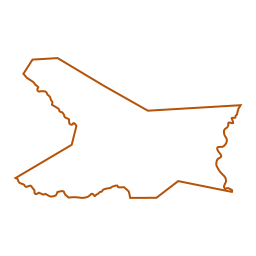 the district of Tomala, Lempira, Honduras
{"feature_id": "27666195B14707888377394", "entity_name": "Tomala", "entity_type": "district", "adm_level": 2, "iso_a3": "HND", "parent_name": "Honduras", "parent_adm1": "Lempira", "projection": "orthographic", "projection_center": [-88.742, 14.255], "detail": "fine", "context": "isolated", "style": "outline", "palette": "amber", "viewbox_px": 256, "rotation_deg": 0, "n_neighbors": 0, "source": "geoboundaries", "source_scale": "gbopen_adm2", "svg_char_len": 5648}
<svg xmlns="http://www.w3.org/2000/svg" viewBox="0 0 256 256"><path d="M240.6,105.2L147.9,110.7L104.0,85.9L57.6,58.1L32.5,59.6L23.4,73.8L24.8,75.4L26.1,77.0L26.7,77.7L27.1,77.9L27.4,78.2L29.1,79.3L31.7,81.0L32.6,81.6L33.2,82.0L33.5,82.3L34.1,82.9L34.5,83.5L35.0,84.3L35.4,84.8L35.7,85.0L37.5,86.4L38.2,87.1L38.3,87.2L38.1,87.7L38.0,88.0L37.7,88.4L37.5,88.7L37.4,89.0L37.4,89.4L37.4,89.8L37.5,90.3L37.8,90.7L38.1,91.1L38.3,91.3L38.6,91.4L39.0,91.5L39.4,91.5L40.0,91.4L41.1,91.2L41.6,91.2L42.3,91.2L44.0,91.3L44.8,91.4L45.3,91.5L45.6,91.7L45.8,91.8L46.1,92.1L46.5,92.5L46.7,92.9L46.9,93.3L47.1,94.0L47.3,94.4L47.6,94.7L48.5,95.4L49.1,96.0L50.0,97.0L50.2,97.3L50.4,98.0L50.7,99.2L50.8,99.6L51.2,100.3L51.7,100.9L52.0,101.3L52.2,101.7L52.4,102.2L52.4,102.4L52.4,102.6L52.0,104.7L52.0,104.8L53.1,105.4L54.6,106.3L58.3,108.6L58.7,109.0L59.1,109.8L59.2,110.2L59.4,110.9L59.5,111.1L59.6,111.3L60.1,111.6L60.7,112.0L61.1,112.1L61.9,112.2L62.2,112.4L62.4,112.5L62.8,113.0L63.3,113.7L63.9,114.7L64.1,115.2L64.2,115.8L64.3,116.2L64.6,116.8L64.9,117.2L65.5,117.6L66.1,118.0L66.6,118.2L67.3,118.4L67.8,118.6L68.4,118.9L68.9,119.3L69.0,119.4L69.1,121.8L69.3,123.2L69.4,123.6L69.7,123.9L70.2,124.3L70.7,124.5L71.0,124.6L71.3,124.7L71.9,124.6L72.3,124.5L72.5,124.4L72.7,124.2L73.0,123.8L73.1,123.7L73.2,123.4L73.3,123.2L73.5,123.1L73.8,123.1L74.1,123.2L74.5,123.5L75.2,124.1L75.5,124.5L75.7,124.8L76.0,125.2L76.2,125.7L76.4,126.1L71.7,144.8L15.4,178.1L15.5,178.2L16.1,178.2L16.7,178.4L17.2,178.7L17.5,178.9L17.6,179.2L17.8,179.7L18.0,180.3L18.5,181.5L19.1,182.3L19.3,182.6L19.5,182.8L19.9,183.0L20.5,183.3L21.2,183.6L22.9,184.1L23.2,184.3L24.0,184.7L24.3,185.0L24.5,185.2L24.6,185.5L24.8,185.9L25.0,186.2L25.2,186.4L25.5,186.6L26.1,186.8L26.4,186.8L26.6,186.8L27.1,186.7L28.0,186.3L28.7,186.1L30.1,185.7L30.3,185.7L30.5,185.7L30.9,185.9L31.2,186.1L31.5,186.4L32.4,187.8L33.3,188.9L33.9,189.6L34.2,189.9L34.3,190.3L34.4,190.7L34.6,193.2L34.6,193.3L34.8,193.5L35.3,193.8L35.9,194.1L36.1,194.1L36.3,194.1L38.9,192.7L42.5,194.3L43.5,194.6L43.9,194.6L44.7,194.2L45.2,193.9L45.4,193.9L46.1,194.2L48.2,195.5L49.2,196.0L49.7,196.2L50.3,196.4L50.7,196.5L51.1,196.5L51.9,196.5L52.7,196.4L54.3,196.0L54.9,195.8L55.4,195.6L55.6,195.5L55.8,195.4L56.2,194.8L56.6,194.1L57.1,193.1L57.2,192.8L57.2,192.4L57.3,192.2L57.5,192.0L58.2,191.8L59.9,191.5L60.1,191.4L60.5,191.3L60.7,191.2L61.5,191.1L62.9,191.2L63.5,191.4L63.7,191.5L63.8,191.7L64.0,192.1L64.8,193.9L65.1,194.5L65.5,194.9L66.1,195.4L66.4,195.7L67.2,196.2L67.5,196.5L67.7,196.8L67.9,197.1L68.1,197.3L68.3,197.4L68.6,197.5L69.3,197.5L73.1,197.2L73.8,197.2L76.3,197.3L79.1,197.5L79.7,197.6L80.7,197.8L81.6,197.9L83.0,197.8L84.8,197.6L85.8,197.4L86.6,197.2L87.5,196.9L88.1,196.6L88.6,196.3L89.2,195.8L90.6,194.7L91.3,193.9L91.5,193.9L92.1,193.8L92.4,193.9L92.8,194.1L93.2,194.4L93.4,194.6L93.7,194.9L94.1,195.5L94.3,195.7L94.7,196.1L94.8,196.1L95.0,196.0L95.6,195.3L96.7,194.5L97.9,193.8L98.6,193.3L98.8,193.1L99.2,192.5L99.7,192.2L100.3,191.9L100.5,191.8L100.9,191.8L101.2,191.8L101.6,191.6L101.9,191.5L102.1,191.2L102.4,190.7L102.7,190.2L103.1,189.8L103.6,189.5L104.6,189.1L105.7,188.8L106.4,188.6L109.0,188.2L110.3,187.9L110.9,187.6L111.3,187.4L111.8,187.0L112.1,186.8L112.5,186.6L113.1,186.4L114.4,186.0L115.4,185.7L116.2,185.6L116.9,185.6L117.3,185.6L117.5,185.8L117.7,186.1L117.8,186.6L117.9,186.8L118.0,187.0L118.4,187.2L118.9,187.3L121.0,187.3L122.1,187.3L123.5,187.2L123.8,187.3L124.1,187.3L125.4,188.4L127.5,190.2L128.4,191.1L128.7,191.5L128.9,192.0L129.2,193.2L129.8,196.0L130.2,197.9L156.4,197.8L178.2,181.1L231.9,191.9L232.1,191.1L232.1,190.3L232.0,190.1L231.7,189.9L230.3,189.2L228.7,188.3L228.4,188.2L228.2,188.1L227.0,188.3L226.3,188.4L225.6,188.6L225.3,188.6L225.1,188.6L224.8,188.3L224.5,188.0L224.3,187.7L224.1,187.3L224.0,186.9L224.0,186.4L224.1,185.9L224.5,184.9L224.8,184.1L225.8,182.1L225.9,181.9L226.0,181.5L226.0,180.7L225.9,180.0L225.8,179.2L225.6,178.5L225.4,177.9L225.1,177.3L224.7,176.8L224.4,176.3L223.9,175.8L222.6,174.5L221.6,173.5L220.4,172.1L219.5,171.0L218.7,169.8L218.0,168.6L216.7,166.1L216.5,165.6L216.4,165.1L216.3,164.4L216.3,163.6L216.4,162.8L216.5,162.1L216.7,161.1L217.0,160.3L217.4,159.6L217.5,159.3L217.7,159.1L218.3,158.7L219.1,158.1L220.3,157.5L220.7,157.3L220.9,157.0L221.1,156.7L221.2,156.1L221.2,155.8L221.1,155.4L220.9,154.9L220.6,154.4L220.3,154.0L218.9,152.2L218.2,151.2L217.7,150.4L217.5,149.9L217.3,149.1L217.2,148.6L217.2,148.2L217.3,147.8L217.5,147.5L217.7,147.3L218.0,147.1L218.8,147.0L219.7,146.9L220.5,146.8L221.5,146.9L222.1,146.9L222.7,146.7L223.1,146.5L223.6,146.2L224.0,145.9L224.7,145.2L225.3,144.5L226.0,143.5L226.2,143.0L226.4,142.6L226.7,141.6L226.8,140.6L226.8,140.1L226.8,139.6L226.6,138.8L226.4,138.1L226.1,137.7L225.5,136.8L225.0,136.0L224.6,135.2L224.3,134.4L224.1,133.4L224.0,132.2L224.0,131.0L224.0,130.7L224.1,130.4L224.3,130.0L224.6,129.6L225.0,129.0L225.4,128.6L225.7,128.4L226.0,128.2L226.7,127.8L227.0,127.6L227.3,127.3L227.5,127.0L227.9,126.2L228.2,125.5L228.3,125.2L228.4,124.8L228.4,124.4L228.3,124.0L228.2,123.6L228.2,123.3L228.3,123.1L228.6,122.7L228.8,122.6L229.0,122.5L229.6,122.5L230.1,122.6L231.2,123.0L232.0,123.2L232.4,123.2L232.6,123.2L232.8,123.2L233.0,123.1L233.1,122.9L233.1,122.7L233.1,122.3L233.0,122.0L232.8,121.2L232.5,120.4L231.8,118.8L231.7,118.5L231.7,118.3L231.7,118.1L231.9,118.0L232.2,117.9L233.6,117.8L234.9,117.8L235.2,117.6L235.3,117.4L235.5,117.0L235.5,116.5L235.6,116.3L235.7,115.8L235.9,115.5L236.1,115.3L236.8,114.7L237.0,114.3L237.3,112.8L237.6,111.4L237.7,111.1L238.1,110.3L238.2,109.9L238.3,109.4L238.4,108.8L238.5,108.5L238.8,108.0L239.6,106.9L240.6,105.2Z" fill="none" stroke="#b45309" stroke-width="2"/></svg>